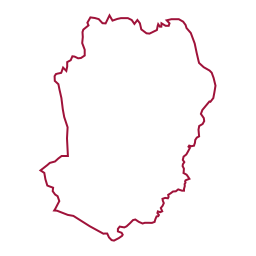 Sanquin Dist #2, Sinoe, Liberia
{"feature_id": "62588387B29712288551419", "entity_name": "Sanquin Dist #2", "entity_type": "district", "adm_level": 2, "iso_a3": "LBR", "parent_name": "Liberia", "parent_adm1": "Sinoe", "projection": "albers", "projection_center": [-9.171, 5.211], "detail": "fine", "context": "isolated", "style": "outline", "palette": "rose", "viewbox_px": 256, "rotation_deg": 0, "n_neighbors": 0, "source": "geoboundaries", "source_scale": "gbopen_adm2", "svg_char_len": 2317}
<svg xmlns="http://www.w3.org/2000/svg" viewBox="0 0 256 256"><path d="M210.4,101.8L213.3,98.1L214.4,92.3L215.5,85.7L213.6,77.9L211.7,72.7L209.5,70.5L203.7,67.2L199.1,63.0L198.6,61.2L196.6,52.6L194.7,43.5L190.8,33.0L186.5,28.0L185.6,25.0L183.9,22.7L183.2,21.7L178.8,19.2L171.4,19.2L166.7,20.3L169.5,23.3L168.7,25.8L165.6,25.8L161.5,23.3L161.3,26.7L159.9,26.7L158.2,24.2L157.7,25.8L156.9,30.0L149.5,33.6L146.5,33.3L141.3,29.4L139.9,23.3L137.4,20.0L134.4,23.9L131.7,20.0L127.8,18.1L121.1,18.1L117.4,18.9L112.5,20.6L109.5,15.4L107.8,18.9L105.6,23.4L102.5,23.2L98.7,19.1L94.8,18.0L90.4,17.4L87.4,22.7L88.5,25.4L83.3,29.6L83.1,30.3L82.5,32.1L82.8,37.0L82.2,43.1L84.7,49.7L84.7,55.5L81.4,57.7L80.9,58.0L78.1,58.3L74.6,56.6L72.4,56.3L70.7,60.2L67.2,62.1L67.2,66.5L66.3,70.9L63.1,67.6L61.3,72.6L61.1,72.9L57.6,73.6L55.9,74.1L54.6,76.2L54.8,80.9L58.4,84.2L58.6,85.2L59.5,89.7L60.4,93.6L61.0,96.3L61.4,98.0L62.8,109.3L64.2,117.0L67.6,127.3L67.0,138.4L67.8,154.0L67.9,156.0L61.6,156.0L58.3,158.5L55.0,161.5L49.8,162.9L47.3,165.1L40.5,170.4L44.3,172.9L45.4,179.2L47.3,185.5L48.7,186.1L53.1,187.7L52.7,191.2L55.1,194.5L57.6,196.2L59.3,201.1L55.4,208.6L54.2,210.5L57.0,210.7L67.8,214.9L73.4,215.9L89.7,226.2L103.4,233.7L105.0,233.5L107.2,233.5L109.0,237.4L111.6,240.1L114.0,240.6L116.3,239.4L118.8,238.1L122.1,235.8L122.7,234.7L121.6,232.8L117.9,231.4L117.9,228.9L118.2,228.5L119.7,226.6L124.3,227.4L126.5,226.4L130.0,223.2L133.0,220.1L135.3,219.5L138.9,221.9L142.6,223.5L144.8,222.8L148.6,222.8L151.9,222.9L154.6,221.9L155.0,220.4L155.5,218.9L156.6,216.4L158.2,216.2L158.9,215.0L157.4,213.0L157.9,211.4L160.2,212.2L162.2,211.3L160.8,208.0L162.6,205.8L163.8,203.1L162.8,200.7L162.5,198.8L165.2,197.9L167.9,198.3L168.6,196.9L168.2,194.8L170.5,193.4L173.0,191.5L175.8,191.3L178.2,189.4L182.1,190.7L184.0,190.7L184.0,188.9L184.8,186.0L184.6,184.1L185.5,182.7L185.1,181.3L185.6,180.3L189.4,178.8L187.7,176.2L186.6,174.7L183.5,173.0L183.7,171.6L183.9,168.6L182.6,166.1L182.9,164.2L184.3,162.1L182.8,159.9L183.6,156.6L186.3,154.5L187.9,151.7L189.9,147.9L188.5,146.7L189.2,145.6L191.4,146.2L194.0,145.7L194.5,144.0L194.9,143.0L195.3,139.8L195.7,139.3L196.8,137.6L199.1,136.4L198.5,129.7L199.2,126.0L202.6,124.0L204.2,121.1L203.8,118.1L200.9,113.9L202.4,109.9L209.4,101.5L210.4,101.8Z" fill="none" stroke="#9f1239" stroke-width="2"/></svg>